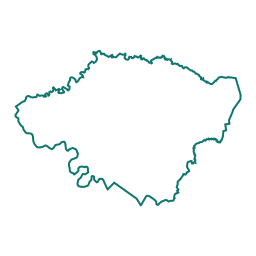 outline of Santiago Minas, Oaxaca, Mexico
{"feature_id": "50627088B26414808863062", "entity_name": "Santiago Minas", "entity_type": "district", "adm_level": 2, "iso_a3": "MEX", "parent_name": "Mexico", "parent_adm1": "Oaxaca", "projection": "natural_earth1", "projection_center": [-97.263, 16.434], "detail": "fine", "context": "isolated", "style": "outline", "palette": "teal", "viewbox_px": 256, "rotation_deg": 0, "n_neighbors": 0, "source": "geoboundaries", "source_scale": "gbopen_adm2", "svg_char_len": 5644}
<svg xmlns="http://www.w3.org/2000/svg" viewBox="0 0 256 256"><path d="M15.9,106.5L18.4,110.1L18.4,110.7L15.4,115.1L15.7,116.4L16.5,117.4L17.7,117.7L18.1,118.3L18.4,119.0L18.3,120.9L18.5,121.6L20.7,125.2L23.0,127.2L23.6,129.9L24.7,131.0L25.1,132.0L26.6,133.2L30.1,133.4L31.4,133.8L32.0,134.3L32.9,136.2L33.4,141.6L34.7,144.4L36.8,146.9L37.6,147.3L40.1,147.4L42.8,146.8L44.0,146.0L45.7,145.4L47.2,146.1L50.0,148.4L51.8,149.0L52.4,148.9L53.7,147.8L55.2,145.3L56.0,144.9L59.4,144.3L62.0,142.0L64.2,141.7L64.8,142.3L65.6,144.6L65.4,145.0L66.0,149.1L67.2,150.6L68.1,150.7L69.2,149.7L69.2,149.4L72.6,148.0L75.7,149.2L76.8,150.7L77.2,152.6L77.9,153.3L77.6,155.8L77.1,156.9L76.4,157.7L75.1,158.3L72.1,159.3L70.8,160.3L69.4,162.3L69.0,164.0L69.1,166.4L69.6,167.7L69.9,171.2L70.7,172.2L73.6,173.5L74.1,174.4L74.5,174.4L78.0,171.3L78.5,170.4L78.3,168.4L79.6,167.0L81.3,166.6L83.2,166.7L84.6,167.2L85.7,166.7L86.8,166.7L87.8,168.0L88.1,172.4L85.1,174.3L82.8,174.0L82.3,174.6L80.8,177.6L78.3,179.8L77.5,183.3L77.6,184.7L78.4,186.1L80.7,186.7L84.0,186.9L87.6,185.8L88.1,185.4L88.5,184.5L89.7,181.5L91.0,180.4L91.4,179.7L91.7,176.4L92.4,176.0L93.7,176.4L94.2,177.3L94.1,179.3L94.3,180.0L96.7,182.3L97.3,182.2L97.9,181.6L99.4,178.8L102.4,179.0L103.3,180.1L107.0,188.3L107.7,189.3L114.2,182.7L136.7,198.7L140.6,205.1L141.1,204.9L146.1,196.4L147.0,195.9L148.8,195.9L153.6,199.0L155.5,200.7L156.2,201.8L156.5,204.2L157.9,204.9L161.1,201.8L165.5,200.0L166.6,200.1L168.5,201.5L170.8,200.8L173.2,200.6L173.6,200.3L174.0,198.9L174.7,198.2L174.1,197.2L174.2,196.8L174.5,195.1L175.0,194.1L175.8,193.8L176.3,193.2L177.4,193.2L178.3,192.5L177.1,190.7L178.1,190.2L178.4,189.7L176.7,187.1L177.2,185.4L177.5,185.0L177.8,183.7L177.5,182.8L177.9,181.4L180.4,179.3L180.5,178.5L181.4,177.7L182.3,176.2L183.0,175.5L183.4,174.1L183.9,173.9L185.1,174.6L185.7,174.5L186.3,173.7L186.7,172.9L186.6,172.5L189.1,171.3L188.8,170.0L187.1,167.2L187.1,165.5L187.6,162.5L188.3,161.8L191.4,161.0L191.6,161.1L191.6,162.2L192.0,163.5L192.9,163.5L193.1,162.8L194.3,162.5L195.3,162.8L194.8,161.3L195.4,160.6L195.2,159.5L194.4,159.0L195.1,156.5L195.0,155.4L195.2,155.1L195.1,154.7L194.6,154.8L194.3,154.6L194.3,153.0L193.8,152.3L193.6,150.9L194.0,149.8L193.3,148.2L193.6,147.7L194.5,147.7L194.0,146.1L194.5,145.6L194.9,145.6L195.6,144.2L197.1,143.4L199.0,143.0L199.5,142.3L201.7,142.0L203.5,140.8L204.2,139.9L205.6,140.6L206.5,139.3L206.8,139.5L207.8,139.1L208.4,139.3L208.6,138.7L209.7,139.4L210.2,138.9L210.7,138.8L211.3,139.2L211.6,138.7L212.9,139.1L213.3,138.8L213.7,139.3L214.3,138.7L214.7,138.9L214.7,139.2L215.5,138.9L216.7,139.9L216.2,140.1L216.2,140.6L216.9,141.0L217.3,141.9L217.7,142.1L218.1,141.9L218.8,142.4L219.5,142.3L220.0,141.7L220.3,142.0L220.9,140.5L221.4,140.5L222.2,138.6L222.9,136.4L223.4,131.1L226.1,130.3L225.3,124.4L229.4,123.8L229.0,120.2L232.3,112.5L233.3,109.4L240.4,99.4L240.6,94.9L235.7,78.2L230.0,77.3L229.2,77.5L228.2,77.0L226.9,77.7L225.7,77.8L221.3,76.8L218.7,77.6L218.2,78.5L216.5,80.0L215.9,81.0L215.2,80.8L212.9,83.4L211.9,84.0L210.7,84.0L207.2,81.8L207.0,82.6L206.3,82.4L206.1,81.7L204.9,81.2L203.3,80.0L203.1,78.3L202.8,78.5L202.5,79.4L201.9,79.6L201.0,79.2L201.0,77.3L199.3,76.1L199.1,75.2L196.4,73.5L195.7,73.5L194.1,71.7L193.2,71.6L191.9,70.4L190.6,70.4L186.7,67.3L184.7,67.3L184.0,68.2L183.5,68.3L182.7,67.6L181.9,65.9L180.4,65.9L180.0,66.1L178.6,65.2L178.6,64.8L177.5,63.8L176.7,64.1L175.3,63.5L174.5,63.5L172.7,64.1L171.8,63.6L172.2,62.7L172.1,62.1L171.9,61.5L170.9,60.7L170.7,60.2L170.8,59.5L170.4,59.7L168.1,59.2L167.3,59.9L166.5,58.9L165.6,59.5L165.2,59.5L164.5,58.3L164.9,57.6L164.6,57.0L163.9,56.1L163.4,56.3L162.7,55.7L162.4,56.0L162.1,57.2L161.3,57.3L160.8,57.8L160.1,57.4L159.4,57.8L158.1,57.6L157.6,56.8L157.3,56.8L157.2,57.6L156.1,58.0L155.6,57.8L153.4,59.4L152.7,59.5L151.2,60.4L151.1,61.3L151.9,63.0L151.5,63.4L150.4,62.6L149.2,62.7L148.6,61.6L147.1,60.9L146.5,60.4L146.5,60.0L146.1,60.1L145.1,59.7L144.5,59.2L144.5,58.9L143.6,58.3L142.8,58.4L142.4,59.3L141.3,59.3L141.0,58.4L141.1,55.8L140.6,55.6L138.5,57.5L137.7,57.5L136.0,56.3L135.5,56.4L134.6,56.1L134.2,57.3L132.3,58.2L131.8,58.0L131.2,56.9L129.3,56.8L128.9,58.6L128.2,59.6L127.4,59.7L125.6,59.1L124.6,58.1L124.9,56.0L125.4,55.3L125.5,54.1L125.2,53.8L124.7,54.5L122.3,54.7L120.0,53.6L118.2,55.0L116.0,57.3L113.3,57.0L112.2,57.5L111.8,57.4L111.6,56.9L112.5,55.7L112.3,55.0L111.4,55.2L109.5,56.5L108.6,56.9L107.0,55.8L106.4,55.7L104.3,54.5L104.0,54.2L104.1,53.8L102.5,53.6L101.7,54.3L101.3,54.3L100.9,53.6L101.0,53.0L100.0,51.2L99.6,50.9L97.6,51.4L96.5,53.1L95.7,53.2L94.9,52.3L93.5,52.1L93.3,52.4L93.6,54.2L95.4,54.9L95.6,55.6L96.6,56.9L97.0,59.7L96.3,60.5L95.9,61.6L95.1,62.3L93.7,62.9L92.8,61.9L91.8,61.5L88.7,64.4L88.4,65.0L88.3,66.6L88.6,67.6L89.1,68.1L88.7,68.8L88.1,69.3L86.7,69.1L85.5,69.4L84.9,72.2L84.2,72.6L83.4,72.1L82.0,72.1L80.9,72.3L80.3,72.9L80.2,73.6L82.7,75.4L83.2,77.3L81.7,77.1L79.9,78.0L77.8,81.3L76.4,82.2L75.6,81.2L75.4,79.5L73.4,77.9L71.7,77.3L70.6,77.7L70.0,78.5L70.1,80.2L69.2,81.3L67.9,85.2L68.1,85.8L69.7,86.6L69.3,89.4L68.5,90.3L67.9,90.3L66.4,88.8L63.1,87.0L62.5,87.5L61.9,88.9L63.9,91.6L64.0,92.4L63.7,92.7L63.0,92.6L61.5,93.2L58.8,93.0L58.4,92.7L58.3,92.2L59.8,89.6L59.0,88.9L55.9,90.4L54.7,88.6L53.4,87.4L53.0,87.7L52.9,88.3L53.4,88.7L53.5,89.3L52.9,91.3L51.6,92.1L50.4,91.4L49.6,91.8L49.3,92.3L49.3,94.4L48.9,95.4L48.5,95.6L47.5,93.9L46.9,93.3L46.1,93.5L45.2,94.3L44.9,95.3L46.0,96.2L45.5,96.7L44.0,96.7L43.4,95.8L42.7,95.4L41.8,95.4L39.7,95.9L37.4,94.6L36.7,96.6L35.8,97.2L34.5,97.1L33.0,97.5L30.7,97.1L29.1,96.1L28.1,96.0L26.7,96.6L26.0,97.9L26.1,98.5L25.5,99.8L24.6,101.3L22.7,101.7L15.9,106.5Z" fill="none" stroke="#0f766e" stroke-width="2"/></svg>